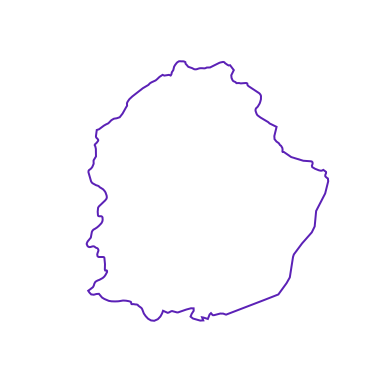 an SVG outline of Olancho, rotated 69°
{"feature_id": "HND-642", "entity_name": "Olancho", "entity_type": "Department", "adm_level": 1, "iso_a3": "HND", "parent_name": "Honduras", "parent_adm1": "", "projection": "equal_earth", "projection_center": [-86.074, 14.814], "detail": "fine", "context": "isolated", "style": "outline", "palette": "violet", "viewbox_px": 384, "rotation_deg": 69, "n_neighbors": 0, "source": "natural_earth", "source_scale": "10m", "svg_char_len": 3908}
<svg xmlns="http://www.w3.org/2000/svg" viewBox="0 0 384 384"><g transform="rotate(69 192 192)"><path d="M318.7,204.1L318.5,204.4L316.7,206.5L315.6,209.2L314.9,215.5L314.5,216.6L313.9,217.0L311.9,217.7L312.6,219.4L316.2,222.7L313.4,226.2L312.6,227.5L315.9,227.5L315.7,228.1L315.0,230.4L310.5,236.4L307.8,238.0L305.6,235.9L303.5,233.0L301.2,232.2L300.2,234.6L299.7,239.4L299.4,248.1L299.0,249.2L296.0,253.3L295.9,254.4L296.2,257.0L296.0,258.1L292.5,261.6L294.6,263.4L296.9,266.1L298.5,269.5L298.7,273.4L297.2,276.3L294.6,278.4L291.4,279.7L288.2,280.5L283.4,280.5L282.1,280.8L279.0,282.8L277.8,283.2L277.1,284.2L276.6,285.3L275.7,286.8L275.3,288.0L275.0,288.6L274.5,288.7L273.1,288.4L272.5,288.6L271.3,290.1L269.8,292.6L268.6,295.3L267.7,299.7L266.6,303.0L265.2,306.3L263.8,308.7L260.5,312.1L258.3,313.8L253.7,315.4L253.0,317.7L252.7,320.5L251.5,322.8L249.1,323.8L247.0,324.3L245.4,318.7L244.8,317.9L243.8,316.9L242.8,316.2L241.5,314.8L241.0,313.5L240.8,311.8L240.8,309.8L240.3,306.2L239.5,304.1L238.3,302.3L236.3,300.0L235.2,299.6L234.6,299.8L234.3,301.1L233.9,301.2L233.0,301.1L228.2,299.1L222.1,297.4L221.3,297.6L220.8,298.3L219.3,302.3L218.7,302.9L217.9,303.2L216.2,302.8L215.0,301.9L213.3,300.4L212.1,300.1L211.0,300.3L210.4,300.7L209.9,301.3L209.4,301.8L208.1,302.6L207.6,303.1L207.3,303.7L207.1,304.6L207.0,306.3L206.8,307.1L206.5,307.8L205.8,308.5L204.9,308.9L203.1,309.0L202.3,308.7L200.8,307.2L198.3,302.8L193.4,299.8L192.4,298.7L191.8,297.4L191.6,295.8L191.1,293.5L190.3,291.2L188.7,287.8L187.4,286.3L186.0,285.4L183.8,284.7L183.2,284.7L182.7,284.9L182.2,285.3L181.9,285.9L181.4,287.3L180.9,288.0L179.9,288.1L176.6,287.1L173.0,285.3L172.1,284.1L168.7,276.0L167.6,274.2L166.4,273.4L164.8,273.0L161.5,272.9L160.2,273.1L157.7,274.0L155.9,275.3L154.5,276.4L153.8,276.7L153.0,277.1L152.4,277.7L151.2,279.2L148.3,281.6L147.4,282.1L145.9,282.4L136.5,281.6L135.3,281.1L134.7,280.4L134.0,278.0L133.4,276.9L132.8,276.0L130.4,273.7L127.5,272.7L127.0,272.3L124.4,268.9L117.3,266.3L114.6,265.9L113.6,266.1L113.1,265.9L112.6,265.2L111.9,263.4L110.7,261.5L110.1,261.0L109.6,260.9L108.3,261.2L107.9,261.4L107.5,261.7L106.2,261.9L105.5,261.7L100.0,258.7L100.1,256.3L98.5,250.6L98.1,248.2L97.9,245.6L97.4,244.4L96.1,241.6L95.8,240.0L95.6,238.6L96.2,235.8L96.3,232.7L93.9,228.7L89.4,223.3L88.2,221.7L85.8,220.9L84.6,219.7L82.9,217.2L81.4,213.5L77.5,200.7L76.4,194.3L75.5,192.5L75.1,190.6L74.8,186.0L74.2,184.2L73.4,182.3L72.9,181.1L72.1,177.5L73.4,176.1L74.4,171.5L75.6,170.2L75.3,169.7L74.8,169.1L73.0,167.9L71.5,165.8L68.6,163.8L67.4,162.3L66.1,160.2L65.6,159.1L65.3,157.2L67.1,152.9L67.6,152.4L68.3,151.7L68.9,151.8L69.9,152.0L73.8,150.6L76.3,147.6L78.2,145.9L78.9,144.4L79.1,143.0L79.1,142.0L79.2,140.8L79.5,139.6L80.1,138.1L81.0,136.2L81.2,135.2L81.2,134.6L81.1,133.9L81.2,133.4L82.2,130.5L81.2,120.1L81.3,118.7L81.7,116.4L82.1,115.7L82.7,115.2L83.5,115.0L85.4,113.7L85.9,113.4L87.0,112.4L87.3,111.0L93.2,109.3L97.1,113.5L98.2,113.8L99.6,114.2L101.9,114.1L102.9,113.9L103.7,113.3L105.0,112.0L106.3,111.5L107.1,109.1L108.1,107.5L109.4,103.1L109.8,102.1L110.5,101.5L111.0,101.6L111.6,101.8L112.3,101.8L113.3,101.4L124.1,93.7L125.7,93.2L127.1,93.2L130.1,94.4L131.9,95.7L133.6,97.1L134.7,98.5L135.8,99.9L136.4,101.1L136.8,102.2L137.6,103.0L139.0,103.6L142.1,103.7L143.8,103.4L147.1,101.3L154.1,95.8L155.8,95.0L161.5,89.7L169.3,95.1L172.2,96.0L175.1,95.1L177.5,93.5L179.7,93.0L180.8,92.3L183.1,91.9L184.3,92.1L185.3,92.4L186.3,93.0L187.1,93.0L187.6,91.9L195.0,86.8L202.7,76.9L205.8,70.3L206.4,69.3L207.3,68.9L208.2,69.0L209.0,69.4L210.5,70.7L211.9,70.8L214.4,68.8L217.1,65.9L218.2,64.3L218.6,63.1L218.4,61.5L221.2,59.7L221.8,59.8L222.7,60.3L223.5,61.2L224.8,61.9L225.8,61.7L227.1,61.0L228.1,60.3L230.8,61.0L241.1,68.2L254.2,82.9L268.1,89.8L272.6,94.6L279.4,107.6L286.8,119.3L288.9,121.0L306.8,131.3L311.0,136.4L318.6,148.1L318.7,163.2L318.7,204.0L318.7,204.1Z" fill="none" stroke="#5b21b6" stroke-width="2"/></g></svg>